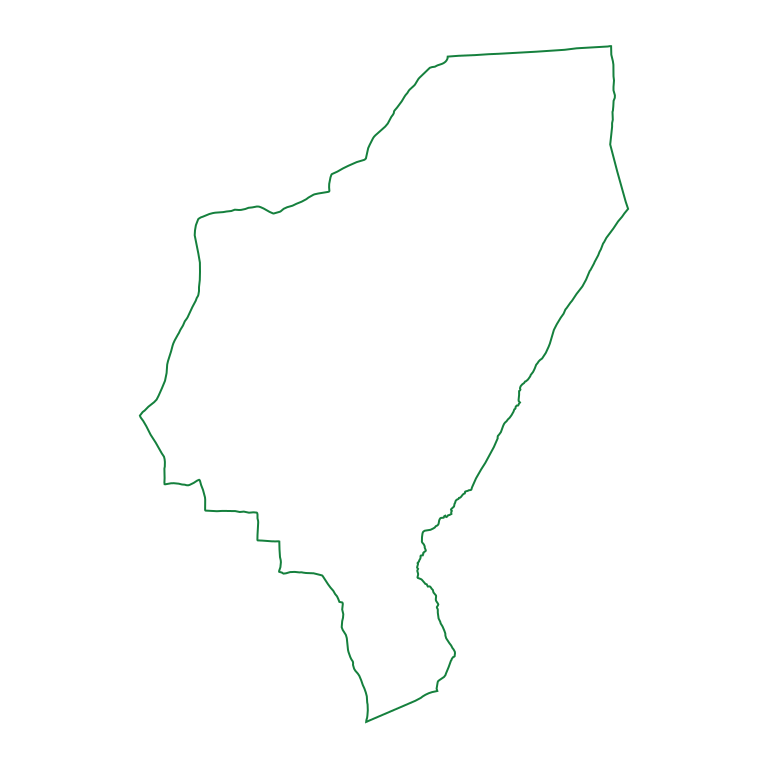 the district of Siha, Kilimanjaro, United Republic of Tanzania
{"feature_id": "72390352B52159147893976", "entity_name": "Siha", "entity_type": "district", "adm_level": 2, "iso_a3": "TZA", "parent_name": "United Republic of Tanzania", "parent_adm1": "Kilimanjaro", "projection": "mercator", "projection_center": [37.068, -3.108], "detail": "fine", "context": "isolated", "style": "outline", "palette": "green", "viewbox_px": 768, "rotation_deg": 0, "n_neighbors": 0, "source": "geoboundaries", "source_scale": "gbopen_adm2", "svg_char_len": 6089}
<svg xmlns="http://www.w3.org/2000/svg" viewBox="0 0 768 768"><path d="M192.4,307.0L187.6,317.3L186.8,318.6L184.8,321.3L183.0,325.5L180.4,329.8L178.7,333.4L178.2,334.1L174.7,340.4L173.3,343.5L172.6,345.6L171.1,351.3L168.0,361.1L167.2,364.5L166.6,373.0L165.0,380.8L161.9,388.3L158.6,395.7L156.6,399.6L154.1,402.2L148.4,406.7L144.7,410.5L142.7,412.0L139.9,415.6L140.3,416.7L140.9,417.8L143.2,420.9L146.3,426.2L150.6,434.7L155.8,442.8L161.8,453.4L164.0,456.7L164.6,459.2L164.9,462.0L164.8,466.6L164.4,468.6L164.6,478.0L164.4,482.6L164.6,484.2L165.3,484.3L170.9,483.3L173.8,483.2L178.8,483.7L182.0,484.5L184.8,484.7L186.4,485.2L188.2,485.3L189.6,484.9L193.7,482.9L197.2,480.6L199.1,479.8L199.5,480.0L200.0,480.9L201.1,485.0L203.0,489.9L205.0,497.4L205.2,499.6L205.1,509.7L205.3,510.4L205.6,510.6L216.9,511.2L222.7,510.9L235.3,511.1L239.8,512.0L243.8,511.6L249.0,512.7L253.5,512.3L256.7,512.6L257.2,513.1L257.5,514.5L257.5,518.3L258.1,520.9L258.2,522.4L257.5,535.0L257.4,539.7L257.6,540.3L257.8,540.4L262.3,540.6L271.6,541.3L275.3,541.4L278.7,541.3L279.3,541.5L279.5,549.3L280.0,557.1L280.7,560.1L280.9,562.2L280.4,567.2L279.2,570.7L279.1,571.7L279.4,571.9L282.0,572.6L282.4,573.0L283.5,573.6L286.0,573.3L290.1,572.1L294.7,571.9L299.3,572.4L301.7,572.3L303.0,572.6L306.0,573.0L313.6,573.3L320.5,575.0L322.2,575.5L322.8,576.2L328.0,584.2L330.5,587.6L333.3,590.8L335.1,594.0L337.0,596.3L338.1,598.6L339.4,601.9L341.9,602.4L342.3,602.5L342.7,603.2L342.8,604.1L342.2,609.5L343.3,614.2L343.0,617.8L342.2,621.1L341.7,627.2L342.7,629.9L345.8,634.8L346.1,635.7L346.8,638.2L348.0,649.9L348.5,652.0L350.3,657.1L351.4,659.4L352.8,661.5L353.1,663.0L353.0,664.9L354.1,668.7L355.3,670.7L357.9,673.7L359.3,675.8L361.2,680.3L362.8,685.0L364.4,688.5L365.8,692.5L366.8,696.3L367.2,702.5L367.6,704.5L367.8,710.5L367.4,715.6L367.1,717.8L366.4,720.1L366.2,721.9L415.3,700.8L420.8,697.9L422.6,696.5L425.4,694.8L428.8,693.2L432.1,692.1L437.3,691.0L436.6,688.6L437.7,682.1L438.1,681.2L439.4,680.1L444.1,676.9L445.5,675.0L445.9,673.7L448.6,667.2L450.9,660.8L451.5,659.9L451.8,658.9L453.0,657.2L453.8,656.9L454.6,656.3L455.0,653.1L454.8,651.7L453.5,649.3L452.5,648.1L451.1,645.4L449.4,643.2L446.2,638.3L445.4,635.6L445.3,633.5L444.3,630.6L442.5,626.4L440.7,623.5L440.2,621.7L438.6,618.5L437.8,612.7L437.8,609.8L437.6,608.9L436.9,607.7L436.9,607.0L438.0,605.3L438.3,604.4L437.8,603.4L436.3,601.2L435.9,600.2L435.8,599.3L436.1,596.3L436.0,595.5L433.5,592.5L432.8,589.9L431.5,588.6L431.1,587.8L430.2,586.7L429.6,586.4L427.8,586.5L426.7,584.3L425.2,583.8L425.0,583.4L421.8,579.7L420.9,579.1L417.8,577.9L417.5,577.3L418.1,574.7L418.1,573.8L417.3,570.9L417.5,570.1L418.1,568.9L417.3,567.9L417.1,567.3L418.0,564.1L418.0,563.6L417.6,563.2L417.7,562.8L418.9,561.6L419.3,560.3L420.3,558.6L420.6,557.2L420.5,556.2L420.8,555.6L422.8,555.3L422.9,554.2L423.3,553.9L423.4,553.5L423.3,552.9L423.7,552.4L425.6,551.0L425.8,550.3L424.7,547.6L424.7,546.3L424.3,545.5L423.9,544.5L422.2,542.5L421.9,541.7L422.0,537.2L422.5,533.5L422.9,532.3L423.5,531.5L424.8,530.7L430.5,529.8L433.2,528.5L434.8,527.5L435.8,526.2L437.3,525.5L438.2,524.6L438.6,523.7L439.2,520.4L439.7,519.2L440.4,518.2L441.1,517.9L443.6,517.7L444.0,517.0L444.2,516.3L445.2,515.7L445.8,516.7L446.3,517.0L447.1,516.6L448.1,515.3L449.4,515.0L451.4,514.0L451.2,512.1L451.7,511.3L451.8,510.8L451.3,510.3L451.0,509.7L451.3,509.0L454.0,506.5L454.6,503.6L455.1,502.9L455.5,501.3L455.9,500.5L457.1,499.5L458.1,499.1L458.7,498.6L459.0,497.9L460.0,497.7L461.0,496.9L462.7,494.7L463.7,493.8L464.7,493.5L465.0,492.8L465.0,492.0L465.4,491.5L467.9,490.8L468.7,490.3L470.8,490.0L471.4,489.5L472.0,487.4L476.0,478.4L481.1,469.5L485.3,462.9L493.9,447.0L497.7,438.3L497.6,437.2L497.9,435.9L499.0,434.7L500.9,432.1L503.1,426.0L504.0,424.0L505.0,422.6L506.5,421.3L507.9,419.4L509.6,417.8L511.5,415.2L513.5,411.7L514.3,409.4L515.1,408.9L515.5,408.3L515.6,407.0L516.2,406.1L516.9,405.5L517.9,405.6L518.5,404.9L519.0,403.6L520.0,402.5L518.7,401.0L518.6,399.8L519.1,394.9L519.1,391.1L520.0,390.4L520.4,389.6L520.0,388.3L520.3,387.1L520.8,386.0L522.3,384.3L524.0,383.1L525.1,381.5L525.9,381.3L527.9,379.6L530.2,376.4L530.7,375.0L533.1,371.9L534.7,368.6L536.2,364.7L537.5,363.2L538.6,361.5L539.9,360.1L542.1,358.5L545.8,352.9L548.6,346.8L549.9,343.5L553.9,329.9L556.7,324.4L560.8,317.6L563.6,313.7L565.4,309.5L566.6,308.1L570.4,302.7L572.0,300.8L576.5,294.0L582.4,286.4L586.1,279.6L589.7,271.0L590.5,270.0L594.0,263.5L594.6,262.0L598.2,255.3L599.5,251.9L600.9,249.3L603.1,243.5L604.0,242.3L606.4,237.8L613.3,228.6L618.1,221.4L622.1,216.7L624.4,213.4L628.1,208.9L625.7,201.7L617.3,171.7L610.2,144.5L612.1,126.8L612.1,123.1L612.8,119.8L612.5,111.9L612.9,110.7L613.3,106.4L613.6,100.8L614.8,97.8L614.9,95.3L613.5,90.3L613.5,86.9L614.0,80.5L613.5,76.2L613.4,64.7L612.9,61.3L611.3,54.7L611.1,46.2L610.1,46.1L607.8,46.5L576.7,48.3L564.6,49.8L536.2,51.7L498.3,53.8L488.8,54.2L475.1,55.1L458.5,55.8L447.7,56.6L447.5,58.6L446.5,60.5L445.4,61.8L443.6,63.1L441.9,63.9L437.4,65.4L434.9,66.7L432.0,67.1L429.8,67.8L419.4,77.8L418.3,79.1L415.1,84.4L414.4,85.3L409.9,89.4L408.9,90.5L407.3,93.1L405.7,94.9L404.6,96.5L401.8,101.2L397.2,107.4L394.4,110.7L394.0,111.7L393.8,113.1L393.1,114.5L391.3,116.9L387.8,123.5L385.2,126.6L375.4,135.3L374.0,136.8L373.0,138.3L369.8,144.6L368.2,148.1L365.9,158.5L364.7,159.6L364.1,159.9L356.7,162.1L348.3,165.8L343.0,168.4L337.4,171.6L331.9,174.1L331.5,174.5L330.5,177.3L329.2,183.9L329.1,187.4L329.4,190.9L329.1,191.5L328.1,191.9L318.3,193.5L314.6,194.3L313.5,194.7L308.4,197.6L306.3,199.2L301.6,201.7L296.4,203.8L292.5,205.7L287.2,207.2L284.8,208.3L283.7,208.8L280.6,211.4L279.7,211.8L273.7,213.5L273.0,213.4L269.6,211.9L263.6,208.5L260.7,207.2L258.9,206.6L256.9,206.5L252.3,207.4L248.5,207.8L245.3,209.0L241.1,209.9L239.0,210.0L234.8,209.7L231.3,211.0L226.6,211.5L223.2,212.1L215.1,212.7L212.8,213.1L209.4,214.0L202.8,216.7L200.8,217.4L199.0,218.5L198.2,219.2L195.9,225.2L195.0,230.4L194.7,235.3L198.3,253.3L199.9,262.6L200.0,271.9L199.8,280.0L199.0,287.1L199.0,291.1L198.4,294.6L198.1,295.7L196.7,298.1L195.7,300.8L192.4,307.0Z" fill="none" stroke="#15803d" stroke-width="2"/></svg>